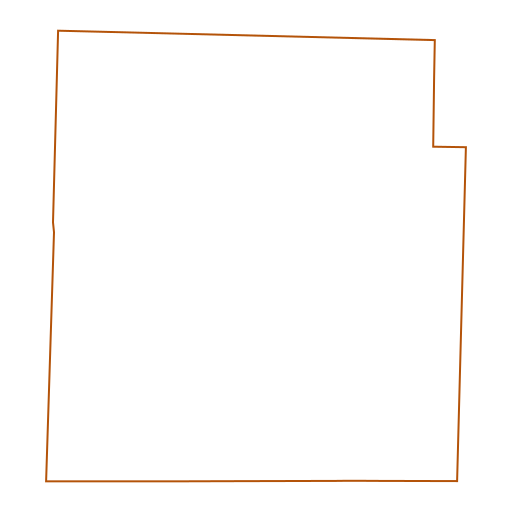 the district of Barry, Missouri, United States of America
{"feature_id": "52423323B82075539049913", "entity_name": "Barry", "entity_type": "district", "adm_level": 2, "iso_a3": "USA", "parent_name": "United States of America", "parent_adm1": "Missouri", "projection": "mercator", "projection_center": [-93.839, 36.715], "detail": "fine", "context": "isolated", "style": "outline", "palette": "amber", "viewbox_px": 512, "rotation_deg": 0, "n_neighbors": 0, "source": "geoboundaries", "source_scale": "gbopen_adm2", "svg_char_len": 392}
<svg xmlns="http://www.w3.org/2000/svg" viewBox="0 0 512 512"><path d="M58.1,30.7L53.0,222.4L54.0,232.3L46.1,481.3L49.2,481.3L140.5,481.3L144.5,481.3L175.6,481.3L188.7,481.3L221.5,481.2L337.3,480.9L337.6,480.9L344.9,480.8L352.3,480.8L360.5,480.8L377.9,480.9L457.1,481.1L465.9,147.2L433.2,146.7L434.1,78.4L434.8,40.1L103.2,31.8L58.1,30.7Z" fill="none" stroke="#b45309" stroke-width="2"/></svg>